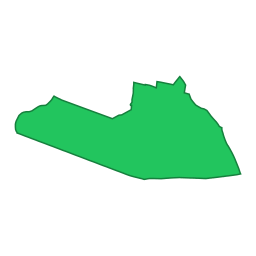 Almoloya del Río, México, Mexico (Equal Earth projection)
{"feature_id": "50627088B78857077813520", "entity_name": "Almoloya del Río", "entity_type": "district", "adm_level": 2, "iso_a3": "MEX", "parent_name": "Mexico", "parent_adm1": "México", "projection": "equal_earth", "projection_center": [-99.49, 19.16], "detail": "fine", "context": "isolated", "style": "filled", "palette": "green", "viewbox_px": 256, "rotation_deg": 0, "n_neighbors": 0, "source": "geoboundaries", "source_scale": "gbopen_adm2", "svg_char_len": 2830}
<svg xmlns="http://www.w3.org/2000/svg" viewBox="0 0 256 256"><path d="M152.5,178.5L154.0,178.5L156.9,178.6L157.9,178.6L161.1,178.7L163.6,178.5L163.9,178.5L165.9,178.3L167.3,178.2L167.7,178.2L168.5,178.1L168.9,178.1L169.9,178.0L171.4,177.9L173.4,177.8L175.6,177.7L176.0,177.7L177.9,177.6L179.7,177.5L180.2,177.6L180.5,177.6L183.5,177.7L186.1,177.8L189.2,177.9L190.7,178.0L192.3,178.0L195.6,178.1L196.3,178.2L196.8,178.2L198.3,178.2L200.0,178.3L202.2,178.4L203.8,178.5L205.3,178.5L205.7,178.6L206.4,178.5L207.9,178.3L208.2,178.3L210.0,178.0L210.5,178.0L211.6,177.9L212.0,177.8L212.7,177.7L213.4,177.7L214.9,177.5L216.7,177.3L217.4,177.2L218.2,177.1L219.8,176.9L220.7,176.8L222.8,176.5L223.4,176.5L224.0,176.4L225.9,176.1L228.0,175.9L231.0,175.5L236.9,174.7L240.6,173.9L240.1,172.8L238.7,168.5L236.7,163.5L236.0,161.8L235.5,160.6L235.0,159.3L233.4,155.7L232.2,153.3L231.7,152.3L231.3,151.6L230.8,150.7L230.0,149.2L228.7,147.0L228.3,146.2L228.0,145.8L227.6,145.4L227.1,144.4L226.5,143.4L225.0,139.8L223.8,136.4L223.4,135.1L223.3,134.8L223.0,133.5L222.9,133.2L221.9,130.1L221.8,127.6L221.0,127.4L219.3,126.4L219.1,126.1L218.2,124.6L216.4,122.1L213.9,119.4L213.0,118.4L210.7,115.7L209.8,114.4L208.4,112.5L206.9,110.5L205.5,109.7L204.0,108.9L201.3,108.3L197.9,106.4L195.5,104.9L195.4,104.7L192.9,101.7L191.0,99.2L189.2,94.4L189.2,94.2L184.3,92.8L185.1,87.8L185.6,85.1L183.5,81.4L179.8,76.6L179.5,76.9L175.0,82.5L173.3,84.8L170.1,84.1L163.1,82.7L160.7,82.2L157.0,81.6L156.7,84.4L156.3,87.8L155.7,87.7L154.8,87.2L153.0,86.5L151.1,85.8L150.5,85.6L149.9,85.4L149.2,85.2L145.3,84.5L145.2,85.1L143.5,84.7L138.7,83.6L137.0,83.2L133.8,82.4L133.8,84.3L133.6,85.9L133.3,88.4L133.4,89.2L133.3,91.8L133.3,92.8L133.2,93.6L132.0,99.6L132.0,100.6L132.0,102.3L130.5,104.3L130.4,104.8L130.5,105.2L130.8,105.5L131.1,105.4L131.6,105.4L131.2,109.7L121.7,114.9L118.9,115.2L112.4,118.7L86.8,109.3L61.3,99.9L60.5,99.4L59.6,99.0L58.5,98.5L56.7,97.6L55.1,96.8L54.0,96.1L53.9,96.2L52.7,98.0L51.7,99.7L50.3,101.3L48.9,102.7L47.5,104.1L45.7,105.3L44.4,105.4L42.8,105.5L41.2,105.6L39.7,106.0L38.1,106.8L35.6,108.4L31.9,110.9L29.7,111.6L28.1,111.8L27.0,111.7L25.3,111.9L23.4,112.3L21.7,113.1L20.3,114.3L19.0,115.5L16.2,121.1L15.7,122.7L15.4,124.2L15.4,127.1L15.6,129.5L16.4,131.5L17.3,132.8L17.2,133.0L21.0,134.4L25.3,136.1L28.6,137.3L31.9,138.6L35.2,139.8L38.7,141.2L42.3,142.5L45.8,143.8L49.4,145.2L52.7,146.4L56.1,147.7L59.5,149.0L62.8,150.3L66.2,151.5L69.6,152.8L72.9,154.1L76.3,155.4L79.6,156.6L83.0,157.9L86.4,159.2L89.7,160.5L93.1,161.7L96.5,163.0L99.8,164.3L103.2,165.6L106.6,166.8L109.9,168.1L113.3,169.4L116.7,170.7L120.0,171.9L123.4,173.2L126.7,174.5L130.1,175.7L133.7,176.7L137.4,177.6L141.0,178.5L141.6,178.6L143.5,179.2L144.2,179.4L147.0,178.9L147.3,178.8L149.5,178.5L151.5,178.5L152.5,178.5Z" fill="#22c55e" stroke="#15803d" stroke-width="1.5"/></svg>